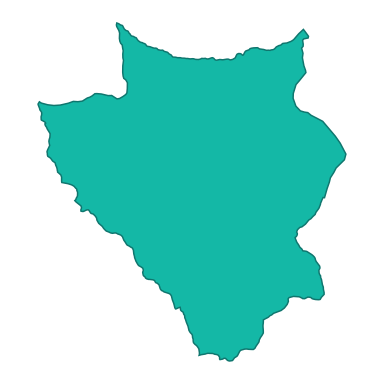 Ura, Bumthang, Bhutan
{"feature_id": "84629894B11205688340318", "entity_name": "Ura", "entity_type": "district", "adm_level": 2, "iso_a3": "BTN", "parent_name": "Bhutan", "parent_adm1": "Bumthang", "projection": "orthographic", "projection_center": [90.899, 27.459], "detail": "fine", "context": "isolated", "style": "filled", "palette": "teal", "viewbox_px": 384, "rotation_deg": 0, "n_neighbors": 0, "source": "geoboundaries", "source_scale": "gbopen_adm2", "svg_char_len": 5860}
<svg xmlns="http://www.w3.org/2000/svg" viewBox="0 0 384 384"><path d="M47.1,151.3L47.0,151.9L47.3,153.1L47.4,155.0L47.8,156.3L50.5,158.1L52.6,161.0L55.1,162.8L55.7,165.1L56.6,167.1L57.2,169.1L57.2,170.1L57.5,170.7L57.6,172.1L60.8,174.9L61.6,177.1L61.6,181.2L61.8,182.5L68.0,183.7L71.5,184.8L72.8,185.5L74.1,186.3L75.9,188.4L76.5,188.8L76.8,189.5L76.9,190.7L77.4,191.7L77.6,192.7L77.5,195.7L77.1,196.8L76.4,197.9L75.6,200.0L74.8,200.5L75.2,201.1L76.1,202.0L80.9,205.8L81.5,207.3L81.3,208.7L80.9,209.7L80.9,210.7L81.0,211.2L82.7,211.5L83.6,211.4L86.3,210.1L87.1,209.9L88.2,209.8L88.8,210.2L89.2,210.7L90.6,213.0L91.3,213.5L92.8,213.9L93.5,214.3L95.3,216.1L96.5,217.9L97.0,220.3L98.7,223.3L102.3,226.4L103.7,228.5L105.7,230.6L106.4,231.1L109.0,232.1L110.6,232.9L112.4,233.3L115.3,232.9L116.7,233.3L117.6,233.9L120.5,234.9L121.4,235.6L122.4,236.6L123.9,240.3L125.0,241.8L126.8,244.7L127.4,245.2L129.1,246.0L130.9,247.2L132.4,248.0L133.4,250.2L133.8,253.9L134.6,256.9L134.6,257.6L135.2,259.1L135.9,261.1L137.4,263.8L138.1,264.9L138.7,265.6L141.2,267.0L142.7,268.1L143.3,269.9L143.2,270.8L142.7,272.2L142.8,273.0L143.2,275.1L143.6,275.8L145.0,277.0L145.4,277.5L145.5,278.0L146.6,278.8L148.6,279.4L149.6,279.4L152.8,279.8L154.0,280.2L154.7,280.8L155.2,281.8L155.5,282.4L156.0,282.8L157.4,283.3L158.4,284.3L159.0,284.8L160.3,288.9L161.5,290.5L162.5,290.8L164.0,291.9L168.4,293.3L169.4,293.7L170.4,294.4L171.4,295.9L172.4,299.9L173.7,303.3L174.3,305.5L174.8,307.7L175.5,308.9L176.0,308.9L179.4,307.4L180.2,307.3L180.6,310.0L181.3,310.9L183.0,312.1L183.3,312.6L183.6,314.0L184.6,315.5L184.8,317.8L185.5,319.4L186.4,322.3L188.0,326.2L189.0,330.5L190.2,332.5L192.0,334.4L192.4,335.5L192.6,337.7L193.1,338.9L193.2,341.2L193.5,342.7L195.0,344.4L196.1,345.2L197.1,346.2L198.6,348.4L198.9,349.2L199.4,352.6L199.4,354.3L199.1,355.3L201.2,354.7L205.4,354.0L206.1,353.7L207.8,353.3L212.8,353.5L214.9,354.3L215.9,354.4L217.5,354.8L218.4,355.4L219.6,357.2L219.6,359.1L220.0,359.6L222.6,359.1L223.1,358.9L223.5,358.5L224.3,358.3L224.8,358.3L225.5,358.4L227.3,360.2L228.2,360.7L229.6,361.0L232.3,360.6L232.8,360.2L234.5,357.8L236.6,356.5L237.4,355.8L239.7,351.3L240.7,350.3L241.8,349.9L243.3,349.5L244.6,349.1L246.7,349.0L248.7,349.3L253.2,349.5L254.1,349.0L255.2,347.9L255.7,346.7L258.8,342.2L259.1,341.3L259.3,339.9L260.4,337.7L262.1,335.2L263.3,333.0L263.3,330.6L263.0,327.0L263.0,325.1L263.3,322.8L263.4,319.8L268.5,317.1L269.9,315.7L271.7,314.9L273.6,313.3L281.1,310.5L284.4,308.0L287.2,304.4L288.4,301.4L288.1,298.9L289.0,297.6L293.5,296.4L299.3,296.8L301.8,298.0L302.6,298.6L304.7,298.7L307.8,297.1L309.6,297.2L311.0,297.6L312.2,298.7L313.5,299.1L315.4,299.5L318.4,299.7L319.5,299.6L320.2,299.4L321.4,297.3L324.1,294.4L324.1,292.5L323.4,289.3L323.3,287.1L322.4,284.6L321.5,279.6L320.6,277.4L320.6,275.9L319.6,274.4L319.1,273.0L318.9,270.3L319.9,268.2L319.9,267.2L319.6,266.0L316.2,261.5L315.5,260.0L315.1,258.3L314.5,257.2L313.2,255.8L311.8,254.6L306.7,251.4L304.6,251.0L303.0,250.9L302.6,250.4L301.7,248.8L300.0,247.4L298.4,244.5L296.9,242.4L295.4,238.7L295.1,237.5L296.0,236.8L296.8,235.8L297.3,234.5L297.3,233.3L296.6,232.1L297.5,229.7L299.7,227.5L302.0,226.8L305.5,224.1L308.8,220.0L310.9,218.7L312.9,216.5L315.1,214.5L315.9,212.4L318.9,208.3L320.4,204.5L320.7,202.8L321.2,201.9L322.0,199.8L323.1,197.5L324.5,197.7L327.1,188.6L329.3,182.3L330.4,177.8L333.9,172.3L336.1,168.0L344.4,159.8L345.9,154.1L340.2,143.2L335.3,136.2L322.7,121.3L311.1,115.3L307.8,112.6L304.5,112.1L300.4,110.9L295.9,106.2L293.1,98.3L293.3,93.4L296.0,84.6L299.5,80.5L305.9,72.6L305.5,70.3L303.9,65.8L302.4,57.8L303.0,53.3L301.6,48.1L303.1,46.3L303.2,44.1L302.6,40.3L303.8,38.9L308.1,38.0L308.5,36.3L304.8,31.2L303.4,29.4L298.7,33.8L293.8,39.5L292.5,40.5L291.0,41.4L286.8,43.0L283.7,43.3L282.6,43.5L280.8,45.1L278.8,45.6L276.3,46.9L274.6,48.8L273.7,49.4L272.8,49.7L270.8,50.0L270.2,50.4L268.6,50.2L266.9,50.3L266.3,50.3L263.7,49.5L259.4,48.9L258.0,47.9L257.3,47.7L253.4,47.9L251.5,48.2L250.1,48.6L249.0,49.8L246.5,50.7L245.6,51.1L244.8,52.1L243.5,54.7L243.1,55.1L242.5,55.2L241.5,54.2L240.6,53.7L238.9,53.5L238.4,53.6L237.4,54.0L236.9,54.4L236.4,55.3L235.4,57.5L235.0,58.0L232.7,59.4L230.4,59.9L229.9,59.8L228.6,59.2L227.1,59.1L222.7,59.8L219.8,59.5L216.5,60.2L216.0,60.1L215.1,59.8L213.6,58.2L212.5,57.7L211.3,57.9L209.1,58.7L208.0,59.0L206.9,58.9L205.2,58.3L203.9,58.5L201.6,58.4L200.4,59.1L198.4,59.5L195.6,59.4L193.7,58.8L192.6,58.7L190.0,58.9L187.8,58.5L186.2,58.5L184.7,58.2L181.9,58.1L180.4,57.7L177.6,57.7L175.7,57.2L173.2,57.1L172.6,56.8L172.2,56.4L171.2,55.0L169.1,53.9L167.8,52.5L167.3,52.2L164.7,51.5L164.0,51.2L162.8,50.2L162.3,50.1L160.9,50.3L158.1,49.7L156.8,48.4L155.8,48.1L154.7,48.2L153.2,47.9L149.9,46.7L147.3,46.3L146.6,45.8L145.6,44.3L144.8,43.7L143.5,43.3L142.2,42.6L140.7,42.3L140.2,42.1L139.3,41.4L138.4,40.9L137.2,39.4L136.4,38.0L135.7,37.5L135.0,37.5L133.7,36.5L131.6,36.0L131.2,35.7L130.8,35.3L130.0,33.9L129.3,33.4L128.1,31.3L127.4,30.9L125.8,30.4L124.2,28.9L122.7,25.9L122.0,25.3L120.6,25.0L118.9,23.8L116.8,23.0L116.4,24.9L116.7,26.5L118.9,30.6L119.6,33.1L119.4,38.4L119.8,41.1L120.7,43.3L122.2,45.0L122.7,48.4L123.2,50.7L122.8,54.1L122.9,57.9L123.5,60.4L122.8,65.8L122.7,72.3L123.1,76.0L123.8,78.4L125.7,79.8L127.4,82.7L127.3,88.7L126.9,92.9L125.8,94.5L123.0,96.5L119.5,98.5L117.0,98.9L111.7,95.5L108.1,95.6L101.4,94.0L96.9,93.6L94.9,93.7L92.1,95.9L89.8,97.2L87.3,98.0L82.4,101.1L77.9,101.7L73.3,101.4L68.4,103.2L60.1,105.1L53.9,105.5L47.8,104.8L41.4,103.1L39.4,101.8L38.1,103.9L38.1,104.6L39.6,108.5L39.9,109.8L40.2,110.3L41.0,111.3L41.6,112.4L41.7,113.0L41.6,115.0L41.2,116.3L41.1,116.9L41.2,119.6L41.4,120.1L43.9,121.4L45.0,122.2L45.4,122.5L45.6,123.3L45.0,123.6L45.0,124.6L45.5,125.8L46.6,127.3L47.2,128.9L49.2,132.1L50.1,133.7L49.9,137.3L49.2,139.5L48.9,141.2L49.1,142.7L49.7,145.5L47.6,149.9L47.1,151.3Z" fill="#14b8a6" stroke="#0f766e" stroke-width="1.5"/></svg>